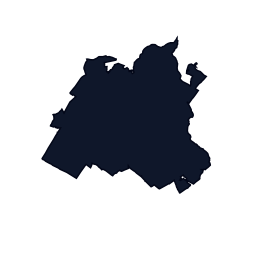 Epureni, Vaslui, Romania, rotated 160°
{"feature_id": "2599482B68083638568596", "entity_name": "Epureni", "entity_type": "district", "adm_level": 2, "iso_a3": "ROU", "parent_name": "Romania", "parent_adm1": "Vaslui", "projection": "mercator", "projection_center": [27.894, 46.246], "detail": "fine", "context": "isolated", "style": "filled", "palette": "ink", "viewbox_px": 256, "rotation_deg": 160, "n_neighbors": 0, "source": "geoboundaries", "source_scale": "gbopen_adm2", "svg_char_len": 5725}
<svg xmlns="http://www.w3.org/2000/svg" viewBox="0 0 256 256"><g transform="rotate(160 128 128)"><path d="M193.7,98.4L187.2,103.2L179.9,108.2L176.8,103.5L175.2,105.1L173.8,107.1L173.3,106.4L170.7,104.7L170.3,104.4L170.0,103.8L169.7,103.8L168.8,101.3L168.2,100.5L167.2,98.5L167.1,98.0L166.7,98.2L166.3,97.8L165.3,97.5L164.9,97.3L164.4,96.6L163.2,95.2L159.5,89.3L158.7,88.4L157.3,89.3L156.0,89.8L154.3,89.6L153.8,89.8L153.0,90.4L151.4,91.0L150.5,90.8L150.1,91.0L149.6,90.1L148.8,89.5L145.5,89.8L141.5,89.9L141.3,90.0L141.1,91.2L140.6,92.4L140.0,90.1L139.7,89.4L137.2,85.7L136.5,85.0L135.4,82.7L132.4,78.1L131.9,78.2L132.0,78.0L132.0,77.4L129.9,72.5L130.0,72.3L129.9,72.3L126.4,64.9L125.2,65.0L122.8,65.6L120.7,62.1L119.8,60.6L119.2,60.1L109.7,61.6L109.1,61.9L108.4,61.4L102.5,63.1L102.6,62.1L102.4,61.1L102.4,58.8L102.2,58.6L102.4,57.5L102.5,55.6L102.3,55.1L102.4,54.8L102.2,54.3L102.4,53.3L102.1,52.5L102.0,51.6L101.8,51.2L101.8,50.7L101.6,50.1L101.8,49.8L101.7,49.4L101.5,49.2L94.4,51.1L92.3,51.2L90.9,52.1L89.3,52.6L88.9,53.0L88.8,53.4L89.0,53.6L91.1,56.4L90.4,57.2L92.0,59.4L93.2,61.6L94.7,61.1L94.9,61.3L96.4,60.7L96.6,61.1L97.0,61.3L96.6,61.5L96.4,61.8L96.4,61.7L96.1,61.7L95.9,62.0L95.1,62.2L95.4,64.2L92.2,64.8L92.1,64.3L91.9,64.0L92.0,63.2L90.0,60.7L90.2,60.2L91.5,59.6L85.6,53.0L82.9,54.1L78.8,55.3L78.0,55.7L78.3,56.1L78.2,56.3L77.6,56.8L76.4,58.9L74.2,60.4L73.3,60.5L72.6,61.7L72.1,62.1L71.9,62.7L72.7,63.6L71.8,63.3L70.8,63.3L69.7,62.5L69.4,62.5L68.3,63.1L66.7,63.5L63.4,64.9L63.1,65.9L63.2,66.4L63.0,67.1L63.3,67.4L63.5,68.3L62.9,69.1L62.5,69.4L62.1,70.7L61.7,71.3L61.6,71.9L62.0,73.7L61.8,76.4L61.9,77.0L63.2,79.8L63.6,80.0L64.3,81.3L64.7,82.8L65.4,83.1L66.6,84.3L67.3,84.7L67.3,85.4L68.0,86.8L68.5,87.1L68.8,87.6L68.8,88.5L69.4,89.5L70.3,90.0L71.2,91.8L73.1,94.4L73.5,96.0L73.1,97.1L72.4,97.6L72.0,98.6L72.0,99.9L73.3,102.4L73.3,103.9L73.2,105.0L71.8,108.1L71.0,109.4L69.1,110.8L69.0,111.1L69.2,111.4L69.2,111.7L68.9,112.7L68.5,113.3L68.5,114.0L68.8,114.8L68.5,115.2L67.7,115.6L66.8,116.4L65.0,116.6L63.7,116.2L62.6,117.2L62.2,118.3L62.1,119.2L62.3,120.2L62.2,120.8L62.7,121.4L62.8,122.2L62.4,123.4L62.4,124.6L63.1,130.1L63.5,131.0L63.4,131.6L63.9,132.4L63.4,132.1L62.3,130.4L57.4,133.8L56.6,134.1L53.4,136.2L49.1,139.2L51.2,141.6L50.4,142.8L46.2,145.3L43.7,146.0L42.2,146.9L40.3,147.7L36.8,149.7L38.6,151.7L39.6,153.9L40.0,154.8L40.9,156.4L42.4,157.6L43.8,159.1L44.2,160.3L44.5,161.4L44.4,162.1L43.8,162.6L43.6,162.7L43.3,162.4L43.5,163.1L43.3,163.5L42.5,164.5L41.2,164.7L41.4,165.7L41.7,165.8L42.4,165.7L45.0,164.4L46.6,166.4L48.7,166.6L49.6,166.3L50.1,165.8L52.7,162.4L51.2,161.7L51.1,161.3L51.2,161.2L52.6,161.1L53.3,161.5L54.3,159.3L53.9,159.0L53.7,158.6L51.8,157.4L51.0,156.3L49.5,154.7L50.3,153.7L51.9,152.4L52.4,151.2L53.4,149.9L53.6,148.7L53.8,148.4L54.1,147.5L54.5,146.9L55.3,146.3L55.6,147.0L56.1,147.9L60.9,153.0L62.2,155.9L62.2,156.6L60.8,158.4L60.4,159.0L60.8,161.9L61.8,164.9L61.7,165.6L61.4,167.3L61.2,167.9L59.4,171.5L59.5,172.5L59.2,174.2L59.4,175.7L59.4,177.2L59.9,178.5L60.6,179.6L60.9,179.8L61.2,180.5L61.3,182.4L61.2,183.2L59.3,184.1L58.4,184.7L57.7,185.3L57.4,185.6L57.3,186.0L56.1,186.7L54.9,186.9L54.6,187.2L53.5,189.1L52.7,189.8L52.1,191.8L51.4,192.8L51.4,193.1L51.9,194.0L51.4,195.2L51.1,195.9L51.4,195.7L52.3,194.7L54.0,193.7L54.7,193.0L55.5,192.7L56.3,192.6L59.0,193.6L61.3,193.7L63.8,193.3L65.0,192.8L66.6,192.4L67.6,192.6L68.8,192.2L70.5,192.9L71.2,193.7L72.4,194.4L72.5,194.9L73.1,195.6L73.4,196.2L73.9,196.9L74.3,197.2L76.9,198.2L77.9,198.2L79.7,197.6L81.9,197.8L84.7,197.0L86.0,196.4L87.3,195.5L87.8,195.0L88.4,193.7L89.0,193.1L90.0,192.8L90.9,192.8L91.3,192.6L91.5,192.2L91.8,192.0L92.1,191.6L93.0,189.8L93.5,189.4L94.7,189.5L95.5,189.3L96.6,188.9L98.7,187.7L99.5,187.5L99.9,186.6L100.3,186.0L101.3,184.0L102.1,183.3L102.4,181.7L103.2,180.5L103.2,179.4L103.5,178.1L103.8,177.9L105.3,177.7L105.5,179.6L105.3,179.8L104.4,180.0L104.4,180.7L104.5,181.0L105.6,181.2L106.0,181.2L106.0,180.4L106.4,180.4L106.5,180.7L107.5,180.7L107.5,183.3L107.7,183.9L108.0,184.0L108.3,185.0L110.0,184.7L111.1,184.8L112.3,186.4L111.6,186.8L111.8,187.2L110.4,187.9L113.7,190.7L115.1,192.0L119.0,192.0L119.1,191.6L122.0,189.6L122.1,189.2L122.3,189.0L123.4,188.5L124.3,188.7L125.4,187.8L125.4,188.1L126.2,187.6L127.0,186.8L127.7,186.5L127.7,187.0L127.4,187.1L127.4,187.7L128.4,187.8L128.7,188.0L128.8,188.4L128.7,188.8L127.7,190.6L127.5,191.6L126.8,192.9L129.1,193.5L128.0,196.7L127.9,197.6L116.6,196.0L116.0,196.0L115.9,196.1L115.5,196.8L116.5,197.5L117.3,198.4L118.7,199.7L121.2,201.5L123.3,202.0L124.1,203.3L124.5,203.4L127.1,203.6L130.7,204.9L131.2,204.9L133.5,204.2L136.8,203.9L137.4,204.0L139.5,204.8L142.2,206.5L143.2,206.8L143.2,205.7L143.4,205.3L145.1,204.2L145.6,203.7L147.8,201.1L148.8,199.6L149.1,198.4L149.0,197.2L149.2,194.5L149.1,192.5L149.3,192.3L151.5,192.1L153.6,191.6L155.3,190.8L163.4,185.0L166.1,183.5L170.2,181.0L170.5,180.7L170.3,179.8L169.5,178.9L168.9,177.9L168.1,178.3L166.4,175.2L173.6,172.3L183.0,164.0L183.7,168.3L184.8,167.5L186.7,166.7L187.7,166.0L191.6,165.6L192.0,165.6L192.7,166.1L193.8,166.2L193.7,165.1L193.7,164.1L194.6,161.3L196.5,160.1L198.8,157.6L199.5,157.3L200.1,156.5L199.6,155.9L199.2,155.8L198.7,155.3L198.4,155.2L198.1,154.8L197.8,154.8L197.6,154.5L197.2,154.6L196.6,154.2L196.2,154.4L195.8,154.2L195.5,153.8L195.8,153.7L195.8,153.2L195.0,152.6L194.3,152.6L194.1,152.3L194.2,152.0L193.8,151.8L193.5,152.2L193.0,152.1L192.3,151.4L191.4,151.1L195.3,147.9L195.8,148.1L196.7,146.6L196.9,146.7L199.1,145.0L202.1,142.4L209.6,136.5L213.9,132.7L219.1,128.7L219.2,128.4L218.6,127.3L217.6,126.6L216.8,125.0L213.7,121.5L212.1,120.0L211.7,119.0L211.0,118.2L207.0,114.1L206.1,112.6L200.7,107.3L193.7,98.4Z" fill="#0f172a" stroke="#020617" stroke-width="1.5"/></g></svg>